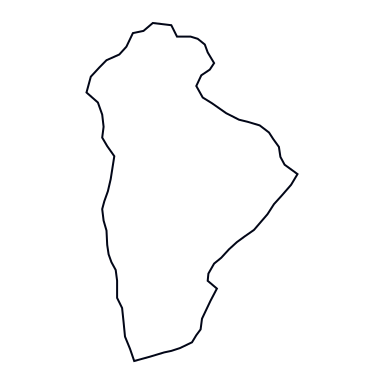 outline of Sinta, Cyprus
{"feature_id": "46923920B25910914763137", "entity_name": "Sinta", "entity_type": "district", "adm_level": 2, "iso_a3": "CYP", "parent_name": "Cyprus", "parent_adm1": "", "projection": "albers", "projection_center": [33.704, 35.158], "detail": "fine", "context": "isolated", "style": "outline", "palette": "ink", "viewbox_px": 384, "rotation_deg": 0, "n_neighbors": 0, "source": "geoboundaries", "source_scale": "gbopen_adm2", "svg_char_len": 1026}
<svg xmlns="http://www.w3.org/2000/svg" viewBox="0 0 384 384"><path d="M132.9,33.1L126.4,46.7L119.3,54.5L106.5,60.2L99.4,67.4L90.8,76.7L86.5,92.5L97.9,102.5L102.2,114.6L103.6,126.8L102.2,137.6L107.2,146.1L114.3,156.2L110.7,179.1L107.9,191.2L104.3,201.3L102.2,209.1L103.6,220.6L106.5,230.6L107.2,244.9L108.6,254.3L111.4,262.1L115.7,270.0L117.1,280.7L117.1,297.9L122.1,308.0L123.6,322.3L125.0,336.6L130.0,348.8L134.2,361.0L149.9,356.7L164.2,352.4L171.3,350.9L179.9,348.1L192.0,342.3L196.3,335.2L200.6,329.4L202.0,318.7L210.5,300.8L216.9,288.6L207.7,280.8L208.4,273.6L214.1,263.6L221.2,257.8L229.1,249.2L236.9,242.1L244.7,236.4L254.0,229.9L267.5,214.2L274.0,204.1L281.8,195.5L291.1,184.8L297.5,174.1L284.6,164.7L280.4,156.9L278.9,146.9L273.2,139.0L269.0,132.5L259.7,125.4L247.6,121.8L239.0,119.7L226.2,113.2L211.9,103.2L202.7,97.5L196.3,86.0L201.3,75.3L209.8,69.6L214.1,63.1L207.7,52.4L204.8,44.5L197.7,38.8L190.6,36.6L177.0,36.6L171.3,25.2L152.8,23.0L143.5,30.9L132.9,33.1Z" fill="none" stroke="#020617" stroke-width="2"/></svg>